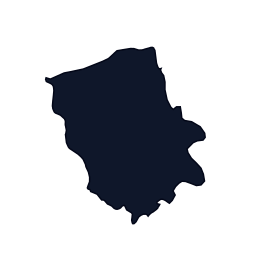 the district of Afrin, Aleppo, Syria, rotated 323°
{"feature_id": "27442178B88911382861768", "entity_name": "Afrin", "entity_type": "district", "adm_level": 2, "iso_a3": "SYR", "parent_name": "Syria", "parent_adm1": "Aleppo", "projection": "robinson", "projection_center": [36.751, 36.572], "detail": "fine", "context": "isolated", "style": "filled", "palette": "ink", "viewbox_px": 256, "rotation_deg": 323, "n_neighbors": 0, "source": "geoboundaries", "source_scale": "gbopen_adm2", "svg_char_len": 2809}
<svg xmlns="http://www.w3.org/2000/svg" viewBox="0 0 256 256"><g transform="rotate(323 128 128)"><path d="M157.8,215.2L160.4,210.2L162.1,204.0L161.5,197.5L160.4,190.3L161.0,183.8L162.6,180.2L171.2,178.9L175.6,179.9L180.7,182.8L184.0,181.9L186.1,178.3L186.3,173.2L186.4,170.5L182.6,161.3L177.7,156.1L176.9,152.5L179.6,148.0L182.5,142.5L179.5,140.3L178.2,140.3L175.3,140.4L174.7,137.2L175.6,132.0L175.9,130.4L176.2,128.9L180.5,119.7L185.2,113.5L188.0,107.6L188.0,104.1L188.9,101.2L190.2,100.4L189.3,100.1L188.4,99.2L188.4,97.8L188.4,97.6L189.1,95.3L189.3,94.7L189.8,93.3L196.2,82.1L196.2,81.9L196.4,80.3L196.5,79.8L196.6,79.5L196.0,78.3L195.8,78.2L195.1,77.7L194.9,77.5L193.2,76.9L188.7,75.1L187.7,74.8L186.5,74.3L186.2,74.2L183.4,72.2L180.5,68.2L178.5,66.6L177.7,66.0L171.5,62.7L165.7,59.7L164.5,59.8L163.7,59.9L162.3,60.0L161.6,60.1L161.0,60.2L154.4,60.8L153.0,60.6L151.7,60.3L148.1,59.6L127.7,54.0L126.0,53.2L115.7,48.4L111.9,46.5L110.0,45.6L97.0,42.6L95.4,42.2L95.1,41.8L92.8,38.6L92.2,39.1L91.5,39.6L90.8,41.7L91.3,42.7L92.2,44.3L93.1,46.1L93.3,46.6L93.4,46.9L93.6,47.5L93.6,47.8L93.6,48.6L93.5,49.1L93.5,49.9L92.9,50.9L92.9,51.0L91.3,53.6L89.2,55.9L88.4,56.8L85.5,59.9L84.8,60.6L81.2,64.6L80.6,65.5L80.5,65.8L80.0,66.7L79.6,67.4L79.5,67.9L79.0,69.8L78.8,70.9L79.1,72.4L80.2,74.2L81.8,77.1L82.7,81.8L82.8,82.5L82.3,84.6L81.1,86.2L80.8,86.5L79.8,87.8L79.2,89.2L77.4,92.8L74.7,95.3L74.2,95.5L70.1,102.6L69.7,104.1L69.0,107.2L69.0,107.9L69.0,108.7L69.0,109.0L69.8,111.3L72.4,118.8L73.0,121.9L73.1,122.3L73.4,125.8L72.2,131.4L71.2,133.5L71.1,133.8L70.7,135.6L69.9,139.4L67.9,143.9L67.7,144.3L65.0,147.8L60.9,150.4L59.5,151.4L59.4,152.7L60.0,153.6L60.6,154.4L60.0,156.3L62.2,160.0L63.5,162.3L63.6,168.1L63.7,169.7L64.3,170.1L65.0,170.6L65.6,171.8L65.8,174.6L65.9,176.3L66.8,177.9L67.8,179.9L68.1,180.6L68.2,181.2L68.5,183.3L68.6,183.6L68.6,183.8L69.3,185.2L70.4,186.3L71.4,186.7L72.0,187.0L72.8,187.1L73.9,187.3L74.0,187.3L76.5,186.8L77.2,187.0L78.3,187.3L78.4,187.7L78.6,188.4L77.8,192.0L77.7,192.7L78.6,194.8L79.1,196.1L79.3,196.6L79.8,197.6L79.8,197.9L79.7,199.4L77.2,202.1L75.5,203.8L75.3,204.2L74.8,205.3L74.3,206.4L74.3,206.7L74.3,207.2L74.3,207.4L75.4,208.0L78.0,207.7L82.9,205.5L83.0,205.5L85.8,205.4L86.5,205.6L87.5,205.8L88.3,206.0L89.4,206.8L90.2,207.3L90.9,208.4L91.0,208.6L91.0,210.1L91.0,210.5L92.0,210.2L93.8,209.9L95.8,209.8L97.5,210.1L98.7,210.1L101.7,210.1L103.6,209.8L104.5,209.2L106.2,208.7L107.4,208.1L106.6,207.1L105.6,205.9L105.9,205.2L106.4,204.7L108.1,204.5L110.3,204.5L111.6,204.8L112.6,205.6L113.3,206.5L114.0,207.8L114.5,209.0L115.0,210.7L115.5,212.2L115.8,213.0L119.8,212.4L120.7,212.0L125.3,209.9L126.1,205.3L130.7,203.4L135.5,202.7L139.1,203.0L141.8,205.3L145.0,210.2L148.0,215.1L152.1,217.4L157.2,216.4L157.8,215.2Z" fill="#0f172a" stroke="#020617" stroke-width="1.5"/></g></svg>